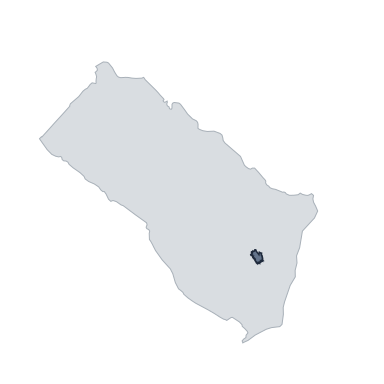 Akyem Mansa, Eastern, Ghana (highlighted), rotated 313°
{"feature_id": "2480657B32538733435540", "entity_name": "Akyem Mansa", "entity_type": "district", "adm_level": 2, "iso_a3": "GHA", "parent_name": "Ghana", "parent_adm1": "Eastern", "projection": "equal_earth", "projection_center": [-1.143, 6.082], "detail": "fine", "context": "in_parent", "style": "filled", "palette": "slate", "viewbox_px": 384, "rotation_deg": 313, "n_neighbors": 0, "source": "geoboundaries", "source_scale": "gbopen_adm2", "svg_char_len": 5671}
<svg xmlns="http://www.w3.org/2000/svg" viewBox="0 0 384 384"><g transform="rotate(313 192 192)"><path d="M226.6,38.4L228.9,41.3L229.4,43.0L228.5,49.3L226.9,53.7L225.8,57.8L225.9,59.9L227.0,61.9L230.5,65.2L232.3,67.3L234.4,70.5L236.9,73.6L241.1,77.7L242.8,78.4L242.7,79.5L242.2,81.1L241.8,96.2L241.5,100.1L241.2,102.1L240.8,107.8L240.4,108.6L239.6,108.5L238.9,108.7L238.7,109.9L239.0,111.0L241.5,111.8L240.9,112.7L239.1,113.5L238.2,115.2L238.6,117.1L237.6,118.7L237.9,119.7L238.5,120.5L239.6,120.2L242.5,117.6L243.8,117.3L245.3,117.9L248.1,121.8L248.3,123.8L247.1,130.5L246.0,135.6L245.8,142.5L247.0,146.4L246.8,148.5L245.6,150.3L242.6,153.0L242.9,154.8L244.2,158.1L246.7,161.9L251.5,166.6L254.0,172.7L254.1,175.1L252.6,177.6L250.9,179.7L250.3,182.8L251.1,203.2L247.3,212.1L247.3,214.6L247.7,217.5L248.7,219.3L250.6,219.8L252.2,221.5L251.7,227.7L250.9,234.0L250.7,237.1L250.3,238.5L248.8,239.7L248.2,241.7L248.6,244.2L248.3,246.0L249.1,248.4L250.9,251.3L253.7,258.6L254.7,259.2L255.2,260.7L254.9,262.2L256.0,265.5L259.1,268.7L262.4,271.5L265.0,271.9L265.6,274.5L267.4,277.7L268.6,279.1L270.6,280.0L272.3,280.5L272.4,283.2L269.4,285.1L267.4,287.9L265.9,292.2L263.8,296.9L256.5,299.3L253.7,299.3L238.7,299.4L224.7,308.7L216.6,312.0L211.7,317.2L205.0,320.9L200.4,325.4L190.7,327.5L174.8,334.6L169.8,337.4L164.8,342.3L156.6,348.1L153.4,348.0L147.0,342.6L142.2,339.9L130.5,335.8L121.7,334.2L117.4,332.4L116.3,332.1L117.3,330.2L119.7,330.1L122.3,330.7L124.2,329.2L127.1,329.0L127.8,327.4L128.1,323.6L128.0,320.4L129.1,319.0L129.3,315.3L127.9,307.1L126.9,306.2L121.8,305.0L121.4,303.4L120.5,301.7L119.5,297.5L118.4,291.2L116.6,283.4L113.2,270.6L112.4,266.0L111.8,261.4L111.6,255.9L112.4,253.8L112.3,251.0L112.0,248.2L114.4,241.6L119.2,233.6L120.2,230.7L121.0,228.7L121.2,225.9L122.0,216.6L124.3,205.3L125.8,201.1L126.7,198.8L127.9,195.0L128.2,193.3L132.6,188.9L134.6,187.7L135.0,185.9L134.4,184.1L134.7,182.8L135.7,182.1L137.3,181.6L138.5,179.8L136.7,165.9L135.2,152.1L135.1,151.0L134.2,149.0L133.4,143.3L131.9,140.0L129.8,139.0L129.8,135.9L131.9,130.6L132.5,127.5L131.5,126.5L131.3,124.1L132.1,120.2L131.7,117.8L131.3,115.2L129.2,109.2L128.7,104.9L129.8,102.4L129.8,97.0L128.6,88.5L128.4,83.2L129.2,81.0L128.8,78.9L127.3,76.9L127.2,74.9L128.5,73.0L128.3,71.6L126.7,70.5L125.2,67.9L123.9,63.8L124.2,57.2L126.7,45.1L127.0,44.1L129.8,44.2L129.8,44.7L138.6,44.6L148.6,44.4L160.5,44.3L171.4,44.1L171.8,43.6L173.6,42.9L184.6,44.1L191.4,43.5L194.4,43.9L196.5,44.7L201.2,44.2L203.7,44.5L205.7,47.6L206.4,47.5L207.5,46.3L209.4,44.8L211.3,43.6L212.7,41.3L213.5,39.5L214.8,39.8L216.6,39.7L217.8,38.2L218.2,35.9L226.6,38.4Z" fill="#d9dde1" stroke="#a8b0b8" stroke-width="1"/><path d="M186.0,277.9L186.0,278.0L186.2,278.3L186.1,278.5L186.4,278.6L186.5,278.8L186.5,279.0L186.4,279.1L186.4,279.3L186.3,279.5L186.5,279.9L186.5,280.0L186.4,279.9L186.4,280.0L186.5,280.0L186.4,280.1L186.5,280.2L186.4,280.3L186.5,280.4L186.4,280.4L186.4,280.5L186.2,280.5L186.0,280.9L186.0,281.0L185.9,281.0L185.7,281.1L185.8,281.2L185.8,281.5L186.0,281.6L185.9,281.6L185.7,281.8L185.5,282.1L185.9,282.1L186.0,282.1L186.1,282.4L186.0,282.6L186.2,282.8L186.1,283.1L185.9,283.0L185.7,283.1L185.7,283.3L185.8,283.4L185.7,283.5L185.8,283.6L185.6,283.7L185.5,283.8L185.4,284.0L185.5,284.1L185.2,284.3L185.3,284.4L185.4,284.6L185.3,284.8L185.5,284.8L185.4,285.0L185.5,285.0L185.3,285.1L185.2,285.2L185.0,285.4L184.9,285.4L184.9,285.5L184.6,285.7L184.6,285.8L184.6,286.0L184.7,286.3L184.7,286.5L184.8,286.7L184.7,286.7L184.7,286.8L184.5,287.0L184.4,287.0L184.2,287.1L184.3,287.3L184.2,287.3L184.2,287.5L184.3,287.7L184.2,287.9L184.1,288.0L184.1,288.3L184.2,288.2L184.3,288.3L184.3,288.5L184.5,288.5L184.7,288.4L184.7,288.5L184.8,288.5L185.0,288.9L185.1,288.7L185.1,288.9L185.3,288.8L185.2,288.9L185.2,289.0L185.1,289.3L185.2,289.1L185.4,289.4L185.4,289.2L185.5,289.0L185.5,288.9L185.7,288.7L185.8,288.7L185.9,288.8L185.8,289.0L186.0,289.0L186.2,288.9L186.3,288.9L186.3,289.1L186.5,288.9L186.6,289.0L186.9,289.1L187.0,289.1L187.2,289.3L187.3,289.5L187.5,289.8L187.4,289.8L187.3,290.0L187.5,290.0L187.9,290.1L188.0,290.0L188.1,289.9L188.2,289.7L188.3,289.7L188.5,289.6L188.6,289.8L188.8,289.9L188.7,289.7L188.8,289.6L188.8,289.4L188.8,289.5L188.9,289.4L188.9,289.2L189.0,289.3L189.0,289.2L189.2,289.3L189.1,289.5L189.3,289.5L189.2,289.7L189.3,289.7L189.5,289.7L189.6,289.8L189.7,290.0L189.6,290.3L189.5,290.2L189.4,290.4L189.5,290.4L189.5,290.5L189.6,290.8L189.7,290.7L189.8,290.6L189.9,290.4L190.0,290.6L190.0,290.3L190.2,290.5L190.2,290.4L190.3,290.3L190.4,290.1L190.5,290.0L190.5,289.9L190.7,289.7L191.0,289.6L191.2,289.4L191.4,289.2L191.5,289.1L191.6,288.8L191.5,288.7L191.6,288.3L191.8,288.3L192.1,288.3L193.1,286.8L192.9,286.7L192.8,286.8L192.8,286.4L192.9,286.2L193.1,285.9L193.4,285.7L193.5,285.7L193.7,285.4L193.8,285.0L194.0,284.7L194.4,284.7L194.7,284.7L194.8,284.6L194.6,284.3L194.5,284.2L194.3,284.1L194.2,283.7L194.1,283.4L194.1,283.1L193.9,282.8L193.8,282.7L193.8,282.4L191.8,283.7L192.5,279.6L193.2,278.0L192.5,277.4L192.4,277.5L192.2,277.6L191.9,277.9L191.8,278.0L191.7,278.0L191.4,277.9L190.7,277.7L190.5,277.4L190.3,277.3L190.5,277.2L190.5,276.7L190.4,276.7L190.2,276.8L189.9,276.9L189.8,277.0L189.5,277.1L189.4,277.1L189.5,276.9L189.1,276.6L189.0,276.4L188.8,276.4L188.6,276.4L188.6,276.5L188.6,276.8L188.5,276.7L188.6,276.8L188.6,277.0L188.6,277.3L188.5,277.5L188.5,277.4L188.4,277.4L188.4,277.5L188.3,277.8L188.3,277.7L188.3,277.8L188.2,277.8L187.9,277.9L187.7,277.8L187.5,277.7L187.6,277.8L187.4,277.9L187.4,277.7L187.2,277.7L187.2,277.8L187.1,277.7L186.9,277.7L186.7,277.7L186.5,277.8L186.5,277.7L186.4,277.6L186.1,277.7L186.0,277.9Z" fill="#64748b" stroke="#1e293b" stroke-width="1.5"/></g></svg>